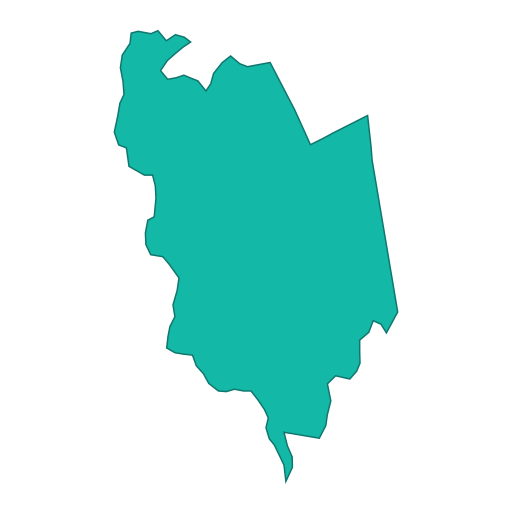 outline of Pacoti, Ceará, Brazil
{"feature_id": "56859067B59765033772406", "entity_name": "Pacoti", "entity_type": "district", "adm_level": 2, "iso_a3": "BRA", "parent_name": "Brazil", "parent_adm1": "Ceará", "projection": "equal_earth", "projection_center": [-38.914, -4.206], "detail": "fine", "context": "isolated", "style": "filled", "palette": "teal", "viewbox_px": 512, "rotation_deg": 0, "n_neighbors": 0, "source": "geoboundaries", "source_scale": "gbopen_adm2", "svg_char_len": 1338}
<svg xmlns="http://www.w3.org/2000/svg" viewBox="0 0 512 512"><path d="M386.4,332.9L397.7,312.0L372.1,160.1L371.0,146.3L367.6,115.5L333.0,133.0L323.5,138.2L310.4,144.7L305.9,134.6L294.6,109.7L270.1,62.5L247.5,66.7L239.7,63.7L230.6,56.0L222.3,62.5L213.6,73.4L210.7,83.9L205.9,91.0L197.9,80.9L190.3,77.9L183.9,75.2L176.4,77.7L167.7,79.3L160.5,70.6L167.4,60.5L175.2,53.6L182.8,47.3L190.6,42.0L184.3,37.2L175.4,34.7L166.3,40.8L157.9,30.7L150.9,33.7L138.0,31.3L131.2,33.1L130.0,43.4L122.3,55.0L120.4,67.7L123.0,81.3L124.0,94.5L119.9,103.2L117.7,116.3L114.3,132.1L118.7,144.9L126.4,147.9L129.0,166.4L144.4,175.1L152.6,175.1L155.3,185.8L156.0,198.0L154.2,216.8L147.8,220.2L145.4,233.0L145.9,244.6L150.7,254.7L162.9,256.7L169.6,264.8L179.0,278.0L177.1,290.7L173.0,304.9L174.9,316.7L169.9,326.6L168.0,336.5L166.7,348.0L174.9,352.7L183.3,354.1L192.5,355.1L196.3,365.7L203.5,373.8L208.8,383.5L218.5,391.0L226.4,391.6L234.4,389.2L243.7,391.0L251.0,391.0L257.8,399.7L264.4,409.4L268.3,417.9L266.0,427.8L269.3,438.8L274.3,444.9L279.2,455.0L284.0,465.1L285.9,481.3L292.4,467.3L292.2,457.0L287.4,445.9L284.0,432.3L319.3,438.2L325.8,425.6L327.3,414.9L330.8,400.9L327.4,383.9L335.6,375.8L349.8,379.0L356.6,371.3L360.0,363.2L359.7,352.7L359.7,340.1L368.8,332.3L373.2,320.7L381.1,324.3L386.4,332.9Z" fill="#14b8a6" stroke="#0f766e" stroke-width="1.5"/></svg>